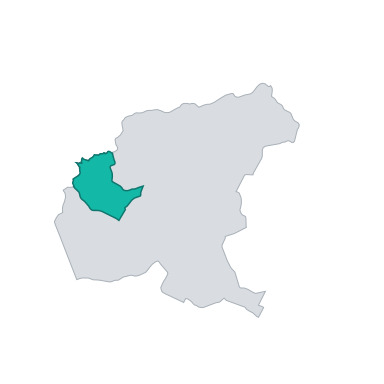 Central Equatoria highlighted on a map of South Sudan, rotated 117°
{"feature_id": "SDS-865", "entity_name": "Central Equatoria", "entity_type": "State", "adm_level": 1, "iso_a3": "SSD", "parent_name": "South Sudan", "parent_adm1": "", "projection": "robinson", "projection_center": [30.797, 4.842], "detail": "fine", "context": "in_parent", "style": "filled", "palette": "teal", "viewbox_px": 384, "rotation_deg": 117, "n_neighbors": 0, "source": "natural_earth", "source_scale": "10m", "svg_char_len": 5981}
<svg xmlns="http://www.w3.org/2000/svg" viewBox="0 0 384 384"><g transform="rotate(117 192 192)"><path d="M292.1,288.8L282.5,299.7L281.8,300.3L280.7,301.2L276.8,301.2L272.8,300.7L269.1,297.9L265.4,300.0L263.0,300.7L261.6,301.0L258.2,301.3L253.6,302.5L251.4,304.0L250.3,305.1L249.3,307.2L248.9,307.5L248.0,307.2L246.8,306.4L244.3,305.1L243.1,302.4L241.9,300.8L240.9,299.9L237.0,302.6L235.0,303.3L233.5,303.2L230.6,301.7L227.4,300.4L225.8,300.4L223.3,302.0L220.5,304.4L219.1,306.8L218.4,308.2L217.4,306.0L216.5,304.7L215.1,304.2L212.5,304.7L211.8,303.9L211.7,302.1L211.3,300.3L210.6,299.1L208.6,297.8L203.3,295.2L199.2,290.0L197.1,287.5L195.6,286.0L193.5,281.9L191.1,279.1L188.2,277.7L186.2,278.4L184.2,281.4L180.5,284.2L178.8,284.3L176.6,282.8L173.8,281.7L168.8,281.2L166.7,282.6L164.0,284.8L161.8,286.1L160.3,286.2L159.0,285.7L157.5,285.4L156.2,285.4L153.6,283.4L152.2,281.9L151.3,280.5L149.8,279.6L148.0,278.8L146.7,277.5L146.1,276.0L145.1,274.0L143.8,272.2L139.8,268.9L138.6,267.0L137.7,265.1L136.1,263.1L134.3,260.3L133.7,256.3L133.6,253.1L133.3,251.6L132.5,250.1L131.7,248.8L130.2,247.4L126.9,245.3L123.5,242.9L121.9,241.5L118.8,241.0L116.9,239.6L115.3,236.6L114.7,234.1L113.1,232.2L112.5,230.9L112.1,229.3L113.4,224.5L111.5,222.8L108.9,220.6L106.9,218.2L105.7,216.0L102.3,213.1L94.7,208.7L90.4,205.9L88.0,203.4L85.9,201.0L85.7,200.0L87.1,197.5L87.3,195.5L86.2,193.3L81.7,189.1L78.1,184.5L75.4,183.1L68.8,181.8L66.9,181.3L64.9,180.4L63.0,178.4L62.4,175.9L63.3,172.0L62.7,170.8L61.6,170.5L61.9,169.6L63.2,167.7L65.2,166.5L70.6,164.6L70.9,163.8L71.1,161.4L71.5,160.2L73.4,156.8L73.7,155.4L73.7,152.6L74.0,151.2L74.5,150.2L76.0,148.5L76.6,147.5L76.8,145.3L76.7,140.9L77.4,139.2L80.9,135.2L81.8,133.5L82.1,131.9L82.1,130.3L82.3,128.7L83.3,127.1L84.2,126.6L86.7,126.2L88.4,126.5L100.4,123.7L101.8,124.1L102.5,125.7L102.4,128.3L102.6,129.5L103.2,130.4L105.1,131.6L106.5,133.7L107.2,134.4L109.1,135.8L118.0,147.6L120.5,148.7L122.9,148.3L127.8,145.8L130.2,145.2L147.2,145.9L149.1,145.5L151.8,151.5L153.1,152.8L171.7,152.9L171.3,151.2L171.6,149.3L174.9,145.7L175.3,145.3L178.2,143.6L181.0,142.4L186.4,141.1L188.4,139.0L189.5,137.0L189.5,133.2L190.2,132.6L191.5,131.7L197.8,128.3L198.8,127.5L209.9,135.5L216.1,141.8L216.4,142.1L216.8,142.2L217.1,142.0L217.4,141.7L218.1,141.4L220.8,141.3L225.8,141.0L227.4,140.3L237.5,129.0L240.0,125.5L240.7,124.7L242.2,122.2L243.7,117.8L244.0,117.3L255.0,106.8L255.4,105.9L255.5,105.3L253.8,101.7L253.5,99.9L253.4,97.2L253.7,92.9L253.6,90.1L253.4,89.4L253.4,89.2L247.2,81.5L262.7,81.4L262.7,80.4L262.7,80.1L262.4,79.2L262.2,78.0L262.2,77.3L262.3,76.7L262.3,76.3L262.3,76.0L262.3,75.9L262.4,75.7L273.5,75.9L273.4,78.1L272.0,83.2L272.1,86.3L271.8,89.9L271.4,90.9L270.8,91.8L270.6,92.2L270.6,92.6L273.0,112.3L272.8,113.1L272.2,114.4L272.0,114.8L272.0,115.1L272.2,115.3L277.4,117.4L277.6,117.6L277.8,117.7L279.7,120.3L289.9,129.6L290.2,130.1L291.3,133.0L291.4,133.5L291.4,134.2L291.4,134.7L291.1,136.5L291.2,137.3L291.4,137.8L291.5,138.4L291.5,138.6L291.4,139.1L290.0,142.5L289.5,144.9L289.3,146.9L289.4,148.1L289.6,148.8L289.7,149.1L289.9,149.3L294.3,149.3L294.2,150.4L294.8,168.2L294.8,170.2L294.7,172.7L294.2,173.7L292.9,175.1L291.4,176.4L287.4,176.7L284.1,176.7L281.8,176.4L278.6,176.3L275.6,176.5L274.5,177.6L270.6,187.1L269.3,189.5L269.0,190.9L269.4,191.7L271.0,192.9L274.4,194.6L278.3,195.5L281.2,196.0L283.2,196.4L284.7,196.9L290.2,201.2L292.0,203.2L293.0,205.0L293.2,206.9L294.0,208.8L299.1,214.7L303.9,217.5L305.8,220.7L307.5,222.2L309.2,223.9L310.1,226.3L312.2,233.4L313.7,237.2L315.1,240.2L315.7,245.2L316.8,247.4L318.0,250.1L319.9,252.6L322.0,254.5L322.4,254.9L301.6,278.2L292.1,288.8Z" fill="#d9dde1" stroke="#a8b0b8" stroke-width="1"/><path d="M194.3,285.4L193.7,284.9L193.4,283.9L193.4,282.7L193.7,281.9L193.7,281.6L193.7,281.4L193.5,281.0L193.5,280.7L193.7,280.3L194.4,279.9L198.7,276.1L199.6,275.0L200.2,274.4L200.7,274.0L201.3,273.7L201.8,273.6L202.4,273.6L202.9,273.8L203.4,274.3L205.0,275.8L205.6,276.2L206.2,276.4L206.9,276.3L207.7,275.8L210.8,272.4L211.9,271.4L214.6,269.9L217.9,268.7L218.4,268.3L218.7,268.1L218.8,267.8L218.9,267.4L219.0,266.9L219.3,259.0L219.6,257.7L220.0,256.6L221.1,254.7L221.3,253.7L221.2,252.6L220.7,251.3L220.0,249.9L218.3,248.1L217.0,247.1L216.5,246.5L215.8,245.2L215.3,244.4L214.3,243.4L211.8,241.2L208.9,238.2L214.1,237.7L216.2,237.3L217.9,236.3L219.1,236.3L223.5,240.5L226.4,241.9L234.3,243.5L235.9,244.5L236.7,244.6L237.9,243.4L250.5,244.2L250.0,247.2L250.2,263.9L250.7,266.2L251.1,267.3L252.9,271.0L253.3,271.9L253.5,272.8L253.5,273.7L253.2,274.6L252.8,275.6L251.4,277.8L249.2,283.2L248.4,287.2L247.9,288.2L247.3,289.1L246.5,289.9L244.1,291.9L243.6,292.5L243.2,293.5L241.7,298.3L241.1,299.4L241.0,299.8L240.5,299.6L240.4,299.7L238.5,302.1L238.3,302.3L237.9,302.5L236.6,302.7L235.5,302.9L235.0,303.2L234.8,303.6L234.7,303.6L234.5,303.8L234.1,303.7L231.1,301.9L229.1,300.7L228.2,300.4L227.2,300.2L226.1,300.2L225.5,300.4L224.6,301.2L224.0,301.7L223.8,301.8L223.3,301.9L223.1,302.0L222.4,302.7L222.1,302.8L221.8,302.9L221.4,302.9L221.1,303.0L220.9,303.2L220.8,303.5L220.7,303.8L220.6,304.1L219.0,306.7L218.5,307.8L218.4,308.3L218.1,307.7L218.4,306.3L218.0,305.9L217.3,305.5L217.0,305.3L216.8,304.9L216.8,304.0L216.7,303.7L216.2,303.3L215.9,303.6L215.5,304.2L215.0,304.5L214.3,304.5L214.0,304.5L213.6,304.7L212.9,305.2L212.6,305.2L212.1,305.3L211.9,305.3L211.7,305.2L211.4,305.0L211.5,304.9L211.6,304.7L211.7,304.4L211.9,303.3L211.9,302.8L211.3,298.9L211.0,298.2L210.8,298.1L210.6,298.1L210.3,298.2L210.1,298.3L209.6,298.2L209.4,298.2L208.5,297.9L206.6,296.6L205.1,296.0L203.5,296.0L203.1,295.9L203.0,295.6L202.9,295.3L202.9,295.0L202.9,294.8L202.7,294.5L202.2,293.7L201.9,293.1L201.8,292.5L201.6,292.0L201.0,291.6L200.0,291.4L199.7,291.1L199.3,290.6L198.8,289.4L198.4,288.9L197.9,288.5L197.6,288.5L197.3,288.5L197.1,288.4L196.9,288.1L196.9,287.8L197.0,287.5L197.2,287.3L197.3,287.0L197.1,286.5L196.5,285.9L195.9,285.5L195.4,285.4L194.3,285.4Z" fill="#14b8a6" stroke="#0f766e" stroke-width="1.5"/></g></svg>